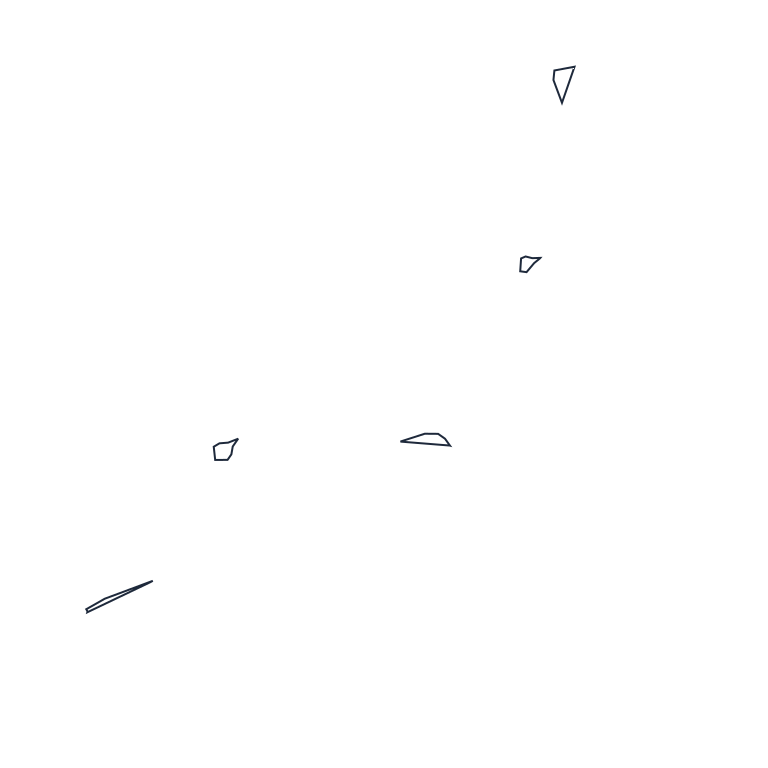 the Atoll of Noonu, rotated 40°
{"feature_id": "MDV-5227", "entity_name": "Noonu", "entity_type": "Atoll", "adm_level": 1, "iso_a3": "MDV", "parent_name": "Maldives", "parent_adm1": "", "projection": "natural_earth1", "projection_center": [73.406, 5.842], "detail": "fine", "context": "isolated", "style": "outline", "palette": "slate", "viewbox_px": 768, "rotation_deg": 40, "n_neighbors": 0, "source": "natural_earth", "source_scale": "10m", "svg_char_len": 692}
<svg xmlns="http://www.w3.org/2000/svg" viewBox="0 0 768 768"><g transform="rotate(40 384 384)"><path d="M326.0,18.5L339.6,54.2L318.4,42.2L313.0,34.3L326.0,18.5ZM474.1,388.8L473.9,388.9L434.4,417.0L433.6,417.5L447.2,395.9L457.5,387.4L465.9,386.7L474.1,388.8ZM307.5,519.6L307.5,520.3L308.3,529.1L312.3,536.0L312.9,542.4L312.9,542.7L303.5,550.7L293.9,541.5L296.1,535.2L302.3,529.1L307.5,519.6ZM333.4,683.4L332.4,686.0L303.5,749.5L303.3,749.0L301.5,748.2L301.3,748.1L300.7,747.9L308.1,728.0L333.4,683.4ZM422.7,186.9L422.7,187.4L421.3,194.9L421.3,195.1L421.3,201.7L421.3,206.7L415.9,210.1L408.3,199.7L410.5,195.3L416.7,192.3L422.7,186.9Z" fill="none" stroke="#1e293b" stroke-width="2"/></g></svg>